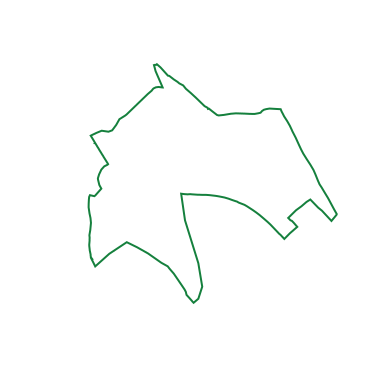 Massade, Gros Islet, Saint Lucia (Equal Earth projection), rotated 136°
{"feature_id": "8701671B41782818655170", "entity_name": "Massade", "entity_type": "district", "adm_level": 2, "iso_a3": "LCA", "parent_name": "Saint Lucia", "parent_adm1": "Gros Islet", "projection": "equal_earth", "projection_center": [-60.949, 14.083], "detail": "fine", "context": "isolated", "style": "outline", "palette": "green", "viewbox_px": 384, "rotation_deg": 136, "n_neighbors": 0, "source": "geoboundaries", "source_scale": "gbopen_adm2", "svg_char_len": 3012}
<svg xmlns="http://www.w3.org/2000/svg" viewBox="0 0 384 384"><g transform="rotate(136 192 192)"><path d="M267.8,111.2L261.6,110.8L250.4,116.8L236.9,136.4L216.7,176.5L201.0,198.3L199.0,195.8L196.8,193.4L194.8,191.7L193.6,190.3L189.9,186.2L188.6,184.9L186.6,182.8L184.0,180.3L181.5,177.5L177.5,172.6L175.8,170.3L173.9,167.6L172.4,165.4L170.3,161.7L168.8,158.6L167.0,155.1L166.3,153.9L165.8,152.0L163.2,146.4L162.7,144.7L162.3,143.2L160.8,136.7L160.0,132.5L159.4,128.6L158.8,122.6L158.4,118.0L158.2,114.1L158.2,113.1L158.3,101.1L158.1,100.0L158.2,94.1L150.3,94.3L140.5,93.8L140.2,99.3L140.2,101.9L140.8,103.2L140.8,106.5L129.8,106.6L123.2,105.7L116.5,105.3L112.1,104.4L112.1,93.0L111.5,88.3L111.8,74.3L103.9,75.2L103.2,75.6L101.8,81.0L100.3,86.3L98.4,93.0L97.0,99.2L95.6,105.2L94.9,109.0L94.6,109.7L93.6,112.5L91.0,118.9L89.3,123.5L87.9,129.4L86.7,135.7L85.3,142.3L84.0,146.7L82.5,151.1L79.7,159.0L77.6,166.0L77.2,167.0L75.6,171.7L74.3,176.8L73.2,182.4L72.3,185.3L71.6,187.8L71.4,188.2L70.7,190.0L71.3,190.6L78.3,198.2L81.1,200.1L83.1,201.2L85.3,201.6L87.6,201.4L89.5,202.5L92.8,204.7L96.4,208.3L99.1,211.2L101.9,214.1L105.8,218.1L109.7,221.3L115.5,225.3L119.6,228.5L120.5,230.0L121.4,236.2L121.9,240.1L122.8,240.6L122.3,241.8L123.3,245.0L123.5,250.8L123.7,257.0L124.1,263.9L124.7,270.5L124.3,274.8L125.7,279.0L125.9,281.2L126.9,285.7L127.7,291.3L128.5,292.4L128.3,297.7L128.1,303.5L128.5,308.3L129.4,308.3L130.3,309.2L131.2,309.7L132.4,307.5L134.2,304.3L135.8,300.1L138.6,292.6L140.5,287.6L140.7,287.8L143.1,290.8L145.3,292.4L147.7,293.2L148.8,293.2L150.6,292.9L155.8,293.2L167.9,293.2L180.1,293.2L185.3,293.2L187.0,293.4L193.6,294.8L199.9,292.9L206.6,291.8L210.2,293.4L214.4,298.8L219.7,300.9L225.7,302.9L226.8,298.0L226.9,297.6L227.6,294.7L228.0,294.6L227.7,294.2L227.8,293.7L227.9,293.2L228.0,292.8L228.1,292.4L228.2,292.0L228.3,291.5L228.5,290.7L228.6,290.3L228.7,289.9L228.8,289.5L228.8,289.1L228.9,288.7L229.0,288.4L229.1,287.9L229.2,287.5L229.3,287.1L229.4,286.8L229.5,286.3L229.6,286.0L229.7,285.5L229.7,285.2L229.8,284.8L229.9,284.5L230.0,284.1L230.0,283.8L230.1,283.5L230.2,283.1L230.3,282.6L230.4,282.3L230.5,281.7L230.7,281.0L230.7,280.6L230.8,280.1L230.9,279.6L231.1,279.1L231.2,278.6L231.3,278.1L232.7,271.5L232.8,271.1L233.0,270.3L233.8,270.3L237.3,271.4L241.6,271.1L246.6,269.2L250.2,267.2L251.0,266.2L253.8,261.4L254.9,257.4L263.8,256.7L265.1,256.8L266.3,258.6L267.6,260.6L269.4,259.9L271.3,258.3L274.4,255.4L277.0,252.8L280.6,247.8L283.1,243.8L286.1,240.0L291.6,235.3L295.8,232.2L297.5,230.1L298.5,229.2L299.3,228.3L300.2,227.5L301.7,226.2L302.6,225.4L303.4,224.5L304.1,223.6L305.4,221.9L306.0,221.2L308.4,217.4L309.0,216.8L310.1,215.2L310.3,213.6L310.7,214.0L311.2,212.4L311.6,211.0L313.3,205.7L294.4,205.0L273.8,201.2L269.9,190.4L266.3,178.3L263.2,162.3L261.1,155.4L261.3,153.6L261.4,153.0L261.6,149.7L261.8,146.0L262.9,139.5L264.0,133.1L265.1,126.9L265.8,124.5L267.4,121.8L267.5,118.1L267.7,113.6L267.8,113.0L267.8,111.6L267.8,111.2Z" fill="none" stroke="#15803d" stroke-width="2"/></g></svg>